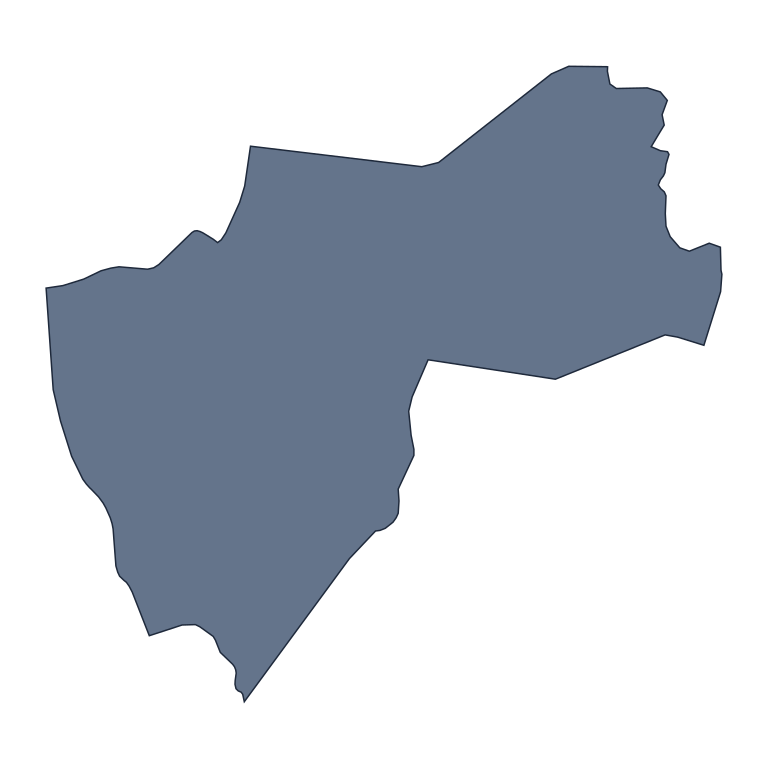 an SVG outline of Fromager
{"feature_id": "CIV-3445", "entity_name": "Fromager", "entity_type": "Region", "adm_level": 1, "iso_a3": "CIV", "parent_name": "Ivory Coast", "parent_adm1": "", "projection": "natural_earth1", "projection_center": [-5.843, 6.159], "detail": "fine", "context": "isolated", "style": "filled", "palette": "slate", "viewbox_px": 768, "rotation_deg": 0, "n_neighbors": 0, "source": "natural_earth", "source_scale": "10m", "svg_char_len": 1503}
<svg xmlns="http://www.w3.org/2000/svg" viewBox="0 0 768 768"><path d="M568.7,66.3L606.6,66.7L607.6,66.8L607.4,71.3L609.9,84.0L616.3,88.5L647.3,87.9L660.3,91.9L667.3,100.4L662.1,114.7L664.2,125.1L658.5,134.5L651.2,146.7L660.4,150.7L667.5,151.7L669.0,154.4L666.0,164.3L664.9,172.7L663.4,175.9L660.4,179.8L658.3,185.0L660.7,188.7L664.3,191.9L666.0,195.8L665.3,213.6L666.0,226.2L670.2,236.7L679.8,247.8L689.3,251.2L709.2,243.2L720.4,247.2L721.0,270.2L721.9,274.3L720.6,291.7L703.9,345.3L677.5,337.1L665.1,334.9L555.4,379.2L428.1,359.8L412.1,397.0L408.7,411.2L411.1,435.2L413.9,449.3L413.9,455.4L398.2,489.1L399.0,501.0L398.2,513.3L396.2,517.7L393.0,522.2L385.3,528.3L380.0,530.4L375.5,531.0L349.4,558.6L244.3,701.7L242.7,694.3L241.2,692.2L238.2,690.9L236.0,688.7L235.0,684.3L235.2,680.4L236.2,673.1L235.7,669.8L234.5,666.8L232.7,664.3L220.3,652.4L215.4,640.1L213.2,636.4L199.7,626.7L195.4,624.6L182.1,625.0L149.3,635.7L132.2,592.0L129.1,586.1L126.4,582.3L124.0,580.4L119.6,576.2L117.7,572.1L115.9,565.9L113.1,528.9L112.1,523.7L110.3,517.9L105.9,508.0L103.1,503.0L98.6,496.9L91.2,489.2L89.7,487.8L86.4,484.1L82.8,479.2L71.6,456.2L60.5,421.0L53.2,389.7L46.1,288.1L62.9,285.6L83.7,279.1L101.0,270.8L110.9,268.1L119.0,266.8L147.6,269.2L153.7,267.8L158.9,264.5L192.0,232.5L194.4,231.0L197.1,230.7L200.0,231.5L202.8,232.8L213.2,239.2L217.6,242.6L221.3,239.8L225.9,232.8L239.7,202.3L244.7,186.0L250.5,146.2L421.8,166.7L438.6,162.5L551.4,73.9L568.7,66.3Z" fill="#64748b" stroke="#1e293b" stroke-width="1.5"/></svg>